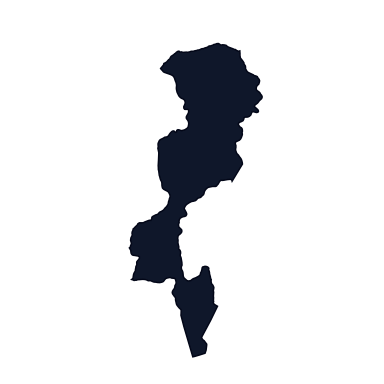 outline of Cônego Marinho, Minas Gerais, Brazil, rotated 26°
{"feature_id": "56859067B75247636863248", "entity_name": "Cônego Marinho", "entity_type": "district", "adm_level": 2, "iso_a3": "BRA", "parent_name": "Brazil", "parent_adm1": "Minas Gerais", "projection": "orthographic", "projection_center": [-44.593, -15.041], "detail": "fine", "context": "isolated", "style": "filled", "palette": "ink", "viewbox_px": 384, "rotation_deg": 26, "n_neighbors": 0, "source": "geoboundaries", "source_scale": "gbopen_adm2", "svg_char_len": 6040}
<svg xmlns="http://www.w3.org/2000/svg" viewBox="0 0 384 384"><g transform="rotate(26 192 192)"><path d="M176.1,297.1L177.3,296.9L178.7,296.9L179.8,296.1L180.8,295.6L181.6,294.6L182.8,294.0L185.8,292.2L187.4,291.5L188.7,291.1L189.7,290.9L190.8,291.0L191.9,290.8L192.9,290.2L194.0,289.8L195.6,289.8L197.3,289.6L199.0,288.9L200.5,288.5L202.7,287.6L204.5,286.2L205.4,285.1L205.7,284.1L205.9,282.8L206.3,281.4L207.3,280.3L208.8,279.1L209.8,278.4L211.4,278.3L214.1,277.3L215.1,277.5L216.5,279.0L217.3,280.1L217.8,281.1L217.8,284.0L218.3,285.0L218.4,286.7L218.1,288.2L218.0,289.8L218.4,291.2L219.3,292.1L222.2,293.7L223.3,294.1L224.0,295.0L224.5,296.2L227.2,299.6L228.3,300.4L231.0,301.7L233.5,302.5L234.2,303.2L235.6,306.3L236.1,307.6L243.8,316.6L259.7,334.0L265.0,339.8L266.6,338.5L270.2,335.2L274.4,331.2L274.0,328.0L272.5,323.6L271.9,322.3L268.0,320.3L267.0,320.2L265.6,319.6L264.3,318.4L265.0,299.6L265.0,283.5L262.2,283.3L260.7,283.0L259.6,282.1L259.5,281.0L258.8,280.1L257.7,277.5L256.9,276.3L255.3,272.4L254.5,271.6L253.8,269.1L253.4,268.1L251.6,266.6L249.9,265.9L248.7,264.6L248.0,263.3L247.7,262.3L246.6,261.5L245.7,260.2L243.6,257.8L243.0,256.7L242.0,255.5L241.0,254.6L240.5,253.1L239.0,252.5L237.3,252.7L236.1,253.2L234.4,254.8L234.4,256.0L234.8,256.9L235.3,259.5L235.2,261.1L235.7,262.6L235.2,264.2L234.4,265.5L233.7,266.4L233.1,267.3L231.1,269.4L230.4,270.6L229.9,271.9L228.8,272.9L227.7,273.6L226.3,273.8L222.7,272.8L221.8,272.2L221.0,271.4L219.3,268.6L218.2,267.3L217.0,266.5L216.2,265.7L215.6,264.8L215.2,263.8L215.1,262.1L214.4,260.9L213.8,259.8L210.9,255.8L209.4,254.5L208.9,253.5L208.6,252.0L207.8,250.6L206.7,249.6L205.6,249.3L204.8,248.7L204.2,247.1L202.1,244.5L201.3,243.3L200.9,242.1L200.3,241.0L199.6,240.2L199.2,239.1L198.8,237.8L198.9,236.6L199.6,235.3L200.1,233.9L200.3,232.7L200.0,231.5L199.1,230.4L195.7,229.3L194.9,228.5L194.0,226.9L193.9,225.2L193.2,224.1L192.8,222.8L192.8,220.9L193.4,219.9L194.1,218.9L195.0,218.0L196.2,217.1L197.0,216.1L197.1,214.7L196.6,213.7L195.5,212.7L192.4,210.5L192.1,209.6L192.1,208.2L192.2,207.1L192.6,205.6L193.9,203.3L195.2,201.4L196.1,200.5L197.5,199.5L198.9,198.2L199.5,196.9L199.8,195.3L200.8,194.2L201.8,193.4L202.4,192.4L202.8,190.9L203.5,189.4L203.4,188.0L203.0,186.5L203.0,184.9L203.2,183.7L204.1,181.3L204.9,180.4L207.9,178.1L210.7,176.7L211.4,175.9L211.6,174.7L212.0,173.5L212.2,170.1L213.0,168.7L214.5,168.1L215.8,167.2L218.4,165.3L220.0,164.3L221.5,163.6L222.5,163.8L223.3,164.7L225.1,144.8L224.2,143.4L223.1,142.1L222.4,141.4L221.4,140.6L219.0,139.4L217.6,138.5L216.4,138.1L215.3,137.7L213.2,135.7L212.4,134.5L211.9,132.7L211.1,131.0L210.1,130.0L209.3,128.8L209.6,127.4L211.8,124.8L212.4,123.2L212.5,121.6L212.3,119.8L212.1,118.4L211.6,117.5L210.9,116.6L210.8,115.6L210.1,114.2L209.2,113.1L208.2,112.6L206.9,112.6L205.4,111.9L204.4,111.3L203.7,110.4L203.9,109.1L204.6,108.0L205.6,107.0L206.6,105.5L206.6,103.9L206.2,102.3L207.3,101.1L208.6,100.6L209.7,99.7L210.3,98.9L210.8,97.8L211.1,96.9L210.9,95.4L210.9,93.7L212.0,92.9L214.2,92.5L215.3,92.2L216.3,91.3L216.3,90.2L215.4,89.3L213.3,88.6L212.0,88.3L210.7,87.9L210.4,86.4L211.9,83.4L212.3,81.7L212.5,80.4L213.6,77.7L213.6,76.5L213.2,75.5L212.2,74.6L210.8,74.0L209.4,73.0L208.0,72.6L205.9,72.3L205.1,71.8L204.3,70.8L203.9,69.5L203.9,68.0L204.7,65.7L204.4,63.8L204.0,62.4L203.0,61.4L201.0,60.4L200.1,59.7L198.7,59.7L196.8,60.1L195.8,59.8L190.3,59.9L188.8,59.6L186.1,57.8L185.6,56.7L184.8,55.4L182.6,54.1L182.0,53.1L179.8,51.8L176.7,50.3L175.1,48.0L174.6,46.8L173.1,44.2L172.0,45.2L169.8,45.2L168.6,44.9L167.6,45.3L166.1,45.3L161.1,45.8L159.6,45.6L158.3,45.2L156.4,45.7L154.7,46.4L153.5,47.4L151.9,47.0L150.5,47.0L149.1,47.9L148.1,49.1L147.1,49.7L146.4,50.8L144.5,52.7L143.6,53.1L142.9,53.9L142.5,55.1L141.6,55.8L140.0,57.3L139.4,58.2L138.3,58.7L137.4,59.6L136.7,60.6L135.8,61.4L134.8,62.0L133.9,63.0L132.8,63.7L131.8,64.7L131.0,65.2L129.5,65.9L128.5,67.1L126.7,68.4L125.7,68.7L122.8,70.4L120.8,70.8L119.7,71.7L118.6,71.1L117.7,71.7L117.1,72.6L116.6,73.5L116.4,74.6L115.8,75.3L115.4,76.5L113.8,79.2L113.6,80.5L113.7,82.2L113.0,83.3L112.2,86.3L111.3,87.7L110.4,88.8L110.7,90.3L110.0,93.3L109.6,94.7L110.6,95.3L112.2,95.8L113.3,96.4L114.5,96.6L121.2,95.8L123.3,95.8L124.9,96.3L126.4,97.4L128.3,99.4L129.8,100.7L131.3,102.7L132.4,105.5L133.2,106.8L134.8,108.8L135.9,109.7L138.1,111.4L139.8,112.1L141.3,112.4L142.6,112.3L144.1,112.4L145.0,112.8L145.9,113.5L146.8,114.7L147.1,116.1L147.2,118.9L147.9,120.2L149.1,120.9L150.4,120.4L151.9,119.5L153.1,120.0L153.8,121.4L154.1,122.7L153.9,126.7L154.4,128.0L155.5,128.8L156.6,129.3L157.8,130.2L158.9,131.6L159.4,132.9L160.0,135.1L159.8,136.6L158.6,138.7L157.9,139.6L155.8,141.4L154.3,141.7L153.0,141.8L152.0,142.2L151.3,143.3L151.8,144.8L150.9,145.7L149.9,145.2L148.8,145.1L147.7,145.9L147.2,146.9L146.7,148.4L146.4,149.9L146.2,151.9L145.5,153.3L143.4,154.8L142.7,156.1L140.5,158.9L140.1,160.1L140.2,163.1L140.8,164.5L141.7,165.9L142.2,167.7L144.9,171.2L145.5,172.5L148.0,178.2L150.1,183.2L150.8,184.4L152.0,186.7L152.9,187.7L155.3,191.4L156.2,192.3L157.7,194.1L158.9,195.2L159.8,195.8L160.6,196.6L161.3,197.7L162.0,199.1L162.9,200.4L163.8,201.4L165.2,201.9L166.2,202.0L169.6,202.1L171.0,202.4L173.2,204.1L174.1,205.2L174.5,206.2L174.6,207.9L175.0,209.4L175.1,210.7L175.9,213.5L175.5,216.6L175.0,217.6L174.3,220.8L173.1,222.7L171.7,224.4L171.0,227.0L170.2,227.8L169.4,228.5L167.4,231.2L167.0,232.3L167.5,233.3L167.5,235.6L166.4,235.9L165.6,236.5L162.7,239.6L162.1,240.5L161.2,241.3L158.2,242.8L157.3,244.2L157.3,245.6L156.9,246.8L156.4,247.9L155.9,249.7L155.3,251.0L155.7,252.3L155.7,253.9L156.1,255.3L157.0,256.5L157.3,257.9L157.2,259.7L157.6,261.3L158.2,262.7L159.0,263.4L160.3,265.2L160.3,267.0L160.7,268.5L160.2,269.7L162.6,271.3L163.3,272.6L164.2,273.8L165.5,274.6L166.8,274.7L167.8,274.3L171.6,273.2L173.1,273.3L173.8,274.6L173.6,276.3L173.2,277.7L173.0,279.1L173.4,280.0L174.2,281.3L174.3,282.4L174.3,283.7L174.8,285.0L175.0,286.1L175.4,287.0L175.7,288.1L175.5,289.4L175.5,290.6L175.7,292.0L176.8,295.5L176.1,297.1Z" fill="#0f172a" stroke="#020617" stroke-width="1.5"/></g></svg>